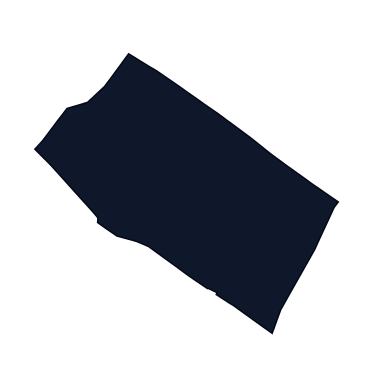 outline of Comuna 3, Ciudad de Buenos Aires, Argentina, rotated 308°
{"feature_id": "61730980B39033896534626", "entity_name": "Comuna 3", "entity_type": "district", "adm_level": 2, "iso_a3": "ARG", "parent_name": "Argentina", "parent_adm1": "Ciudad de Buenos Aires", "projection": "equal_earth", "projection_center": [-58.402, -34.614], "detail": "fine", "context": "isolated", "style": "filled", "palette": "ink", "viewbox_px": 384, "rotation_deg": 308, "n_neighbors": 0, "source": "geoboundaries", "source_scale": "gbopen_adm2", "svg_char_len": 2089}
<svg xmlns="http://www.w3.org/2000/svg" viewBox="0 0 384 384"><g transform="rotate(308 192 192)"><path d="M261.9,57.0L260.9,57.0L251.6,57.3L249.6,57.4L249.4,57.4L241.7,57.6L235.9,57.8L232.1,57.9L221.8,58.1L221.3,58.1L221.0,58.1L213.0,56.8L209.1,56.2L204.9,55.6L204.0,55.4L202.2,55.1L198.4,54.5L195.1,52.2L194.6,51.9L190.8,49.2L188.3,47.4L187.0,46.5L186.4,46.0L180.9,42.1L179.3,42.1L178.3,42.1L173.3,42.2L171.2,42.2L166.0,42.2L156.0,42.4L155.4,42.4L152.4,42.5L151.4,42.5L146.4,42.6L140.3,42.7L129.0,41.8L127.5,53.8L126.6,61.4L126.4,62.6L126.3,63.6L124.3,75.2L122.8,83.7L121.6,90.4L120.1,98.8L119.8,100.3L119.8,100.6L118.5,107.9L116.9,117.2L115.0,127.6L114.8,128.6L113.7,133.8L109.8,136.4L110.1,142.5L110.3,147.4L111.1,160.0L114.3,167.6L117.5,175.2L118.4,177.5L119.2,179.7L120.6,184.9L122.3,191.4L122.7,203.7L123.1,214.8L123.6,228.1L123.6,230.1L123.9,240.4L124.0,242.2L124.6,252.0L125.4,263.5L125.9,263.4L128.1,273.7L126.1,274.2L126.9,283.1L127.5,290.4L127.8,292.2L128.0,293.7L128.5,306.4L128.6,309.6L128.7,311.2L128.9,316.5L129.3,326.1L129.5,331.5L130.0,342.2L131.3,341.7L135.6,340.4L136.6,340.0L138.8,339.3L142.2,338.2L143.3,337.8L144.5,337.4L145.3,337.2L146.4,336.8L153.9,334.4L165.2,332.7L166.8,332.4L172.9,331.5L174.2,331.3L187.6,329.3L195.7,328.1L203.7,326.9L204.7,326.7L206.5,326.5L213.1,325.5L214.3,325.3L222.2,324.1L222.8,324.0L223.4,323.8L234.3,321.2L234.8,321.1L235.2,321.0L245.0,318.7L252.4,317.0L260.0,315.2L266.3,313.7L267.3,313.5L274.2,313.4L274.1,311.4L273.9,307.6L273.7,304.8L273.1,294.6L272.6,285.8L272.4,283.1L272.3,280.5L272.2,279.0L272.2,277.8L272.0,271.4L271.5,260.5L271.1,251.1L271.0,248.1L270.7,237.8L270.5,229.0L270.7,217.1L270.8,207.4L270.8,206.1L270.8,204.4L270.7,201.3L270.7,198.9L270.6,196.8L270.6,196.5L270.5,191.0L270.4,188.7L270.2,179.4L270.1,177.9L270.0,176.0L269.9,168.7L269.8,167.1L269.8,165.1L269.4,158.4L269.3,156.4L268.7,146.6L268.7,145.5L268.2,134.5L268.1,133.3L267.6,123.4L267.6,122.0L267.1,112.8L267.0,111.3L266.4,101.5L265.7,89.7L264.4,80.0L264.3,78.8L263.2,69.0L263.1,67.9L261.9,57.0Z" fill="#0f172a" stroke="#020617" stroke-width="1.5"/></g></svg>